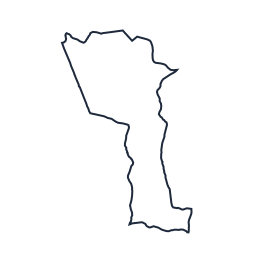 Teculután, Zacapa, Guatemala (Natural Earth projection), rotated 16°
{"feature_id": "79465075B78410714598363", "entity_name": "Teculután", "entity_type": "district", "adm_level": 2, "iso_a3": "GTM", "parent_name": "Guatemala", "parent_adm1": "Zacapa", "projection": "natural_earth1", "projection_center": [-89.766, 15.065], "detail": "fine", "context": "isolated", "style": "outline", "palette": "slate", "viewbox_px": 256, "rotation_deg": 16, "n_neighbors": 0, "source": "geoboundaries", "source_scale": "gbopen_adm2", "svg_char_len": 2606}
<svg xmlns="http://www.w3.org/2000/svg" viewBox="0 0 256 256"><g transform="rotate(16 128 128)"><path d="M211.2,188.3L209.1,188.6L207.7,188.8L207.1,188.9L206.3,189.2L205.7,189.6L205.2,190.0L203.8,191.0L202.9,191.4L202.1,191.4L201.5,191.4L201.0,191.3L200.4,191.2L200.0,191.1L199.4,191.0L198.5,191.0L197.7,191.1L197.4,191.5L193.3,191.9L191.8,190.7L190.4,188.2L184.9,175.2L183.3,173.8L181.5,171.6L177.6,165.1L177.2,163.4L174.9,160.5L174.8,159.6L173.5,157.5L172.9,155.6L170.7,152.6L170.5,151.0L170.0,150.8L168.1,147.8L167.0,143.4L167.0,142.2L166.1,140.2L165.1,133.1L165.4,125.9L164.9,124.6L164.6,114.1L163.5,112.0L162.0,111.6L160.7,110.5L159.3,110.2L157.6,108.6L156.2,108.2L153.9,106.3L153.8,104.1L154.5,100.7L153.9,97.6L152.9,95.4L151.1,93.5L150.3,90.8L147.4,87.8L145.9,85.4L145.9,83.5L147.2,81.2L147.7,79.2L147.5,77.8L147.1,77.1L147.5,73.6L148.5,71.1L149.2,70.4L154.0,64.8L156.9,62.0L158.3,60.3L159.1,58.6L155.6,60.0L152.8,60.3L149.7,59.0L147.2,57.3L145.2,56.8L141.8,56.9L136.5,57.7L134.9,57.3L133.5,56.1L132.6,54.5L131.2,50.4L130.6,46.8L129.0,42.8L126.5,39.2L124.8,37.9L123.6,37.8L121.8,37.5L117.1,37.6L111.6,37.7L109.2,41.2L107.9,43.0L98.6,37.3L96.1,35.7L85.9,40.2L77.3,43.9L76.4,44.7L71.7,44.6L67.7,45.3L65.7,47.2L65.6,49.1L64.7,50.9L64.7,51.8L63.6,55.0L63.5,55.9L63.2,56.7L61.8,58.3L57.9,57.9L55.0,56.9L50.4,56.8L48.4,56.1L47.2,54.8L46.0,54.2L42.9,53.8L42.3,54.7L42.3,56.3L42.8,56.7L42.9,57.6L43.9,59.2L44.0,60.1L43.9,61.8L42.9,63.1L42.6,63.6L41.1,64.3L44.6,69.2L54.3,81.2L56.3,84.2L61.3,90.4L61.7,91.4L62.7,92.2L63.2,93.2L68.6,99.8L69.4,101.6L70.3,101.9L78.2,112.2L81.3,116.2L82.8,118.5L84.4,120.1L86.0,122.6L87.7,124.2L101.8,123.3L105.8,123.9L109.7,123.7L114.2,125.2L117.0,125.7L121.8,125.0L126.7,124.9L127.7,125.2L128.7,126.9L128.9,128.2L128.4,135.8L129.1,138.7L129.3,143.6L129.9,145.8L131.9,147.6L132.0,148.8L133.8,151.1L133.9,151.9L134.7,152.2L134.9,153.1L135.7,154.2L137.1,155.5L138.7,156.0L139.4,156.8L140.2,157.0L142.5,159.7L142.7,161.6L141.7,163.7L141.6,169.5L141.1,173.9L141.7,175.9L144.2,178.9L146.4,180.7L147.4,182.3L148.6,184.6L148.8,186.0L149.4,186.9L150.6,192.0L151.2,196.3L151.3,202.1L151.7,202.5L153.1,205.3L155.2,208.2L156.1,210.7L155.8,213.2L156.5,215.1L156.5,217.9L156.0,218.3L156.0,220.3L158.4,218.5L167.5,214.7L171.1,215.4L172.8,217.0L175.3,217.7L176.7,217.5L179.7,215.4L184.6,215.4L188.5,216.4L193.4,216.5L195.6,216.0L198.0,214.2L199.2,213.9L200.7,212.9L205.5,211.8L206.1,211.2L206.9,211.0L208.9,210.5L212.5,211.1L213.7,211.9L214.9,211.7L214.9,210.8L213.4,204.8L212.2,201.7L212.0,199.6L212.5,193.4L212.3,191.5L211.2,188.3Z" fill="none" stroke="#1e293b" stroke-width="2"/></g></svg>